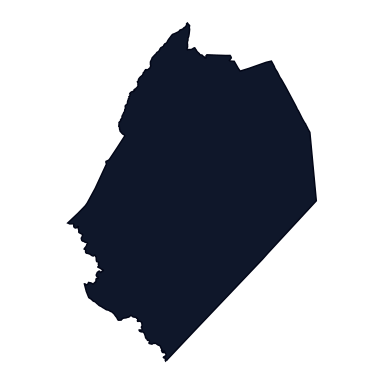 the district of Narok East, Rift Valley, Kenya
{"feature_id": "3690345B66691350288687", "entity_name": "Narok East", "entity_type": "district", "adm_level": 2, "iso_a3": "KEN", "parent_name": "Kenya", "parent_adm1": "Rift Valley", "projection": "orthographic", "projection_center": [36.053, -1.156], "detail": "fine", "context": "isolated", "style": "filled", "palette": "ink", "viewbox_px": 384, "rotation_deg": 0, "n_neighbors": 0, "source": "geoboundaries", "source_scale": "gbopen_adm2", "svg_char_len": 5848}
<svg xmlns="http://www.w3.org/2000/svg" viewBox="0 0 384 384"><path d="M307.6,128.1L305.8,124.7L305.6,124.0L305.3,123.7L304.4,122.4L302.2,118.5L298.4,110.9L297.3,109.3L296.5,107.4L294.7,103.9L285.4,86.5L281.3,79.3L280.0,77.5L277.3,72.0L275.8,69.7L274.8,68.0L274.4,66.7L273.8,65.5L271.4,61.1L266.2,62.3L248.9,68.4L240.2,71.1L239.0,69.5L237.9,67.8L234.2,61.3L230.3,61.1L229.4,60.4L231.3,57.9L230.8,56.4L230.0,55.4L229.2,55.5L226.1,55.5L216.6,55.2L206.9,54.8L205.9,56.0L206.1,57.3L205.9,58.0L205.4,58.0L204.7,57.9L204.5,57.3L204.2,56.9L203.8,56.6L203.1,56.3L202.2,55.2L201.6,55.0L200.2,54.8L199.6,54.5L199.4,53.7L197.4,51.9L196.8,51.3L196.4,50.3L195.7,49.4L194.8,47.9L194.2,47.8L193.8,48.2L193.2,48.4L192.2,49.2L190.4,49.6L188.7,49.5L187.4,49.8L187.0,48.8L187.6,46.8L187.5,45.5L187.6,44.9L187.4,43.8L187.4,41.9L188.0,40.1L187.9,38.5L188.7,36.4L189.1,34.1L189.6,29.5L189.3,27.4L189.6,25.6L189.3,25.1L188.8,24.9L187.4,23.0L186.6,23.7L186.7,24.2L186.6,24.7L186.0,26.1L185.1,27.1L183.8,27.9L183.0,28.8L182.0,29.5L181.5,29.5L179.8,30.2L179.0,31.4L178.4,31.8L174.5,33.7L173.0,34.2L172.5,34.5L171.7,35.3L170.1,37.5L168.6,39.4L167.3,41.6L167.2,42.2L166.1,43.3L165.1,43.7L164.7,44.0L163.9,45.1L163.4,46.3L160.8,47.8L159.9,49.1L159.4,50.3L158.8,51.2L157.8,52.0L157.3,52.2L156.9,52.5L156.6,52.9L156.0,53.9L154.9,54.9L152.2,57.8L151.7,59.3L150.5,61.7L150.4,62.9L150.5,63.6L150.4,64.2L150.7,65.3L150.7,66.0L150.3,67.2L150.0,67.8L149.8,68.1L148.9,68.7L148.6,69.2L147.5,69.7L146.6,69.9L146.2,69.6L145.5,69.7L145.3,70.3L144.7,70.9L144.3,71.5L144.3,72.1L143.3,72.8L143.3,73.3L142.5,75.2L140.3,77.0L139.5,77.9L138.6,79.2L138.6,79.7L138.4,80.0L138.4,80.6L138.2,81.1L137.4,81.7L137.6,82.3L138.0,83.4L138.1,84.0L137.9,84.6L138.1,85.6L137.6,86.7L136.4,88.1L136.0,88.3L135.7,88.9L135.1,89.0L134.7,89.3L134.5,89.7L134.1,89.8L134.0,90.3L134.4,90.5L133.9,90.9L133.8,91.4L133.4,91.6L133.0,91.4L132.6,91.7L132.0,91.7L130.6,92.5L130.2,93.1L129.9,93.4L129.7,93.9L130.4,94.2L130.2,95.1L129.4,96.4L128.9,96.7L129.2,97.9L128.4,98.8L128.1,100.2L127.8,100.6L127.8,101.2L127.5,101.8L127.5,103.2L127.1,104.1L126.8,104.5L126.2,104.8L125.9,105.2L125.6,105.5L125.2,106.0L125.3,107.3L125.5,107.7L125.4,108.1L125.5,108.6L125.0,109.1L124.8,109.5L124.6,111.5L124.5,111.9L123.8,112.4L123.6,113.1L123.1,114.1L123.0,114.7L122.4,115.3L122.0,116.6L122.0,118.2L121.2,118.9L120.6,119.9L120.7,120.5L120.1,121.5L119.6,121.8L119.0,122.5L119.1,123.7L118.9,125.2L118.9,125.9L118.8,126.4L119.4,126.8L119.7,129.7L120.0,130.2L120.1,131.1L120.7,131.9L121.5,132.5L121.7,133.0L122.5,133.8L123.1,134.3L123.8,134.4L124.2,134.9L124.8,135.9L117.0,148.0L109.6,159.1L108.9,159.9L108.4,160.3L106.0,161.4L105.9,162.2L106.3,163.4L106.3,164.1L106.3,164.9L105.9,165.3L95.2,188.4L87.2,203.1L85.2,205.9L77.7,213.6L72.6,218.4L67.7,223.0L69.8,223.9L72.7,223.8L73.2,223.9L73.7,224.2L73.9,224.7L73.7,225.8L73.9,226.9L74.9,227.8L75.6,228.0L76.1,227.9L77.1,227.3L77.8,226.4L78.4,226.6L78.1,228.1L78.3,228.7L78.8,229.9L78.8,232.2L79.1,232.6L81.9,234.1L82.3,234.3L82.5,234.7L82.6,235.1L82.0,236.9L81.7,237.6L81.3,238.0L81.3,238.5L81.7,240.2L82.1,240.7L82.7,241.1L83.3,241.4L83.9,241.2L84.3,241.4L84.7,242.0L85.3,242.3L87.2,242.6L87.6,243.1L87.6,243.6L86.9,244.4L86.6,245.4L85.9,246.7L84.3,248.6L84.2,249.1L85.3,249.5L85.6,250.0L85.6,252.1L85.9,252.7L86.3,253.1L86.9,253.3L87.8,253.4L89.9,254.1L91.8,255.5L92.5,255.8L93.2,256.0L93.8,255.7L94.1,255.3L94.5,255.1L95.0,255.3L96.2,257.4L96.3,260.1L96.6,261.3L97.1,261.8L98.3,262.0L98.7,262.3L98.7,263.0L98.3,264.0L98.8,265.9L98.5,266.3L98.0,266.6L97.9,267.1L100.3,268.3L101.6,269.2L102.4,269.5L103.1,270.0L103.3,270.4L103.0,270.9L102.2,271.0L101.7,271.6L101.5,272.0L101.2,272.4L100.7,272.5L99.6,271.2L99.1,271.1L97.3,272.4L96.8,273.8L96.4,274.4L96.3,275.1L96.3,275.6L96.9,276.5L98.2,277.3L98.1,277.8L97.9,278.4L96.5,278.5L96.1,279.0L96.0,279.5L96.0,280.5L95.6,282.3L95.1,282.5L94.5,282.5L94.3,283.0L93.5,283.9L93.0,284.2L92.1,283.5L91.1,283.0L90.6,282.8L89.8,282.8L88.8,282.4L88.4,282.8L87.9,284.0L87.5,284.4L87.1,284.4L86.5,284.9L85.9,284.8L85.2,284.0L84.8,283.8L84.4,283.9L86.3,291.3L88.8,297.6L91.3,299.2L92.9,300.8L93.5,301.2L95.3,301.9L97.0,303.6L97.6,304.0L98.8,305.2L99.5,305.7L101.3,306.5L102.8,307.6L103.3,307.8L106.3,309.7L107.4,310.0L108.0,310.0L108.8,310.3L110.5,311.4L111.6,311.7L113.9,313.7L115.9,316.5L116.8,317.5L117.3,318.7L118.2,320.1L118.6,320.2L120.8,320.1L121.3,320.0L121.5,319.5L122.1,319.1L122.4,318.6L123.4,318.2L125.2,317.9L125.8,317.9L127.9,317.2L128.4,317.2L129.4,316.7L130.4,315.6L130.9,315.3L132.0,316.0L132.8,316.7L133.3,317.0L133.7,316.9L134.6,317.2L135.2,317.1L135.7,317.4L136.1,317.4L136.6,318.2L137.0,318.4L137.5,318.3L137.8,318.9L137.7,320.0L137.4,320.7L137.6,321.3L138.1,321.4L138.5,321.1L140.0,321.3L141.0,321.8L141.6,322.3L141.9,323.0L141.8,323.7L142.1,324.7L142.1,325.2L142.1,325.8L141.4,327.0L141.5,327.7L141.9,328.2L142.2,328.9L142.1,329.5L141.7,329.9L141.2,330.1L139.8,329.9L139.1,330.1L139.4,330.8L139.8,331.3L141.3,331.9L142.3,331.8L143.2,332.1L144.5,333.5L144.8,334.9L145.2,335.5L145.5,337.3L145.9,337.8L146.0,338.4L146.5,338.8L146.9,339.0L147.4,340.1L147.8,340.4L148.7,340.3L149.1,340.5L149.5,341.5L149.6,341.9L149.4,342.3L149.0,342.7L149.0,343.2L149.3,343.5L151.8,344.1L152.3,344.0L153.3,343.3L154.5,343.4L155.0,343.2L155.6,343.3L158.1,345.0L159.0,345.3L159.9,345.6L160.6,346.8L161.0,348.0L161.7,348.8L161.9,349.4L161.6,349.9L161.5,350.3L162.2,352.0L162.5,352.4L163.6,352.6L163.6,352.1L162.9,351.2L163.9,350.8L164.4,351.1L165.1,352.8L165.4,353.2L166.1,354.5L165.7,355.8L165.4,356.3L164.8,356.2L164.5,356.6L163.8,356.8L163.4,357.3L163.7,357.7L164.1,358.0L164.7,357.8L165.1,358.2L165.2,358.8L165.7,358.7L165.9,359.2L165.7,359.8L165.3,360.3L165.6,361.0L166.7,359.9L167.2,359.9L167.6,359.2L194.4,330.8L262.4,259.3L267.9,253.1L316.3,200.8L309.9,132.6L309.8,132.2L307.9,128.9L307.6,128.1Z" fill="#0f172a" stroke="#020617" stroke-width="1.5"/></svg>